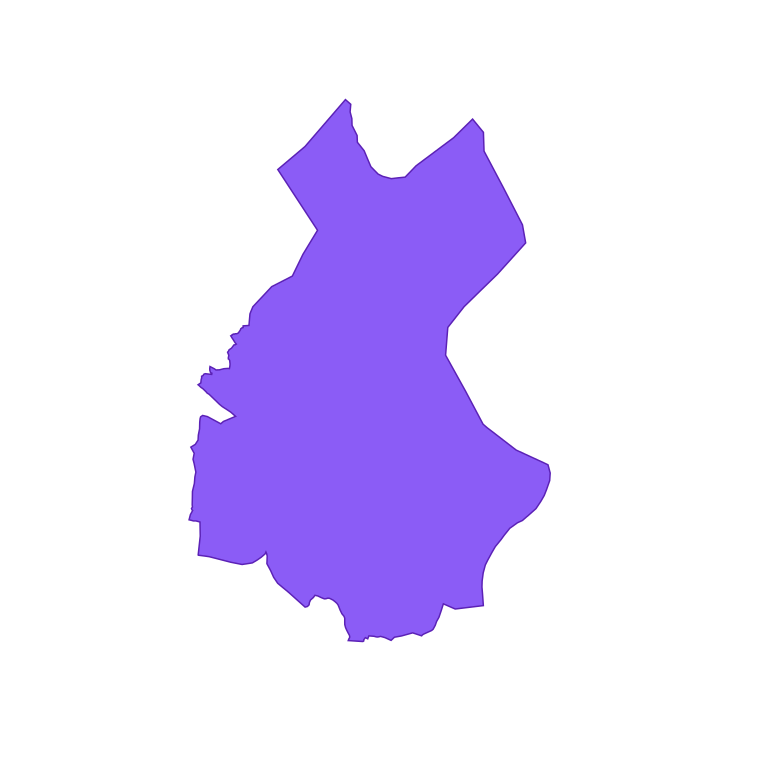 the district of Orumba South, Anambra, Nigeria, rotated 314°
{"feature_id": "59680162B16963737840115", "entity_name": "Orumba South", "entity_type": "district", "adm_level": 2, "iso_a3": "NGA", "parent_name": "Nigeria", "parent_adm1": "Anambra", "projection": "robinson", "projection_center": [7.202, 6.0], "detail": "fine", "context": "isolated", "style": "filled", "palette": "violet", "viewbox_px": 768, "rotation_deg": 314, "n_neighbors": 0, "source": "geoboundaries", "source_scale": "gbopen_adm2", "svg_char_len": 3231}
<svg xmlns="http://www.w3.org/2000/svg" viewBox="0 0 768 768"><g transform="rotate(314 384 384)"><path d="M464.5,158.6L448.4,229.4L421.0,235.6L398.0,243.1L376.1,235.6L348.5,236.0L343.1,238.1L341.3,238.9L332.3,246.2L328.0,242.3L326.9,243.4L326.4,243.4L326.2,242.9L324.2,242.6L323.6,242.9L322.7,243.3L321.3,243.4L320.6,243.6L319.7,243.8L319.1,243.6L317.9,243.2L317.1,242.4L316.7,242.0L315.7,241.6L315.5,241.1L314.0,240.5L313.7,240.8L312.2,240.3L311.4,243.4L311.2,244.5L310.2,248.5L310.1,250.0L308.9,249.7L307.9,248.9L303.9,249.4L301.0,248.8L299.6,249.3L298.2,249.4L296.9,252.3L295.8,253.1L294.8,253.7L293.9,254.6L294.1,255.4L293.7,256.7L291.4,259.4L289.7,260.8L287.7,262.1L286.7,260.8L283.8,258.2L279.9,255.8L277.4,253.4L277.1,251.4L275.7,246.7L274.2,247.8L272.9,249.1L271.7,251.3L272.2,252.7L271.2,253.4L267.2,248.2L265.8,247.6L264.4,248.0L262.9,247.4L261.5,248.8L260.6,249.1L259.4,250.0L257.5,251.5L256.4,251.2L254.3,250.8L254.4,251.5L254.4,254.7L254.8,256.9L254.8,261.2L254.6,263.1L255.1,265.3L255.1,279.9L255.4,283.4L257.3,293.2L257.6,299.7L245.5,294.5L242.0,294.2L237.9,279.6L235.4,275.4L233.0,274.9L231.3,275.8L228.5,278.0L223.6,282.5L218.3,285.9L214.5,289.2L209.5,290.2L204.4,288.9L202.3,295.6L197.2,298.9L195.0,302.5L189.9,309.9L185.8,312.5L180.7,316.7L173.7,320.8L169.0,325.2L163.9,329.9L162.4,331.7L160.7,332.0L160.1,333.4L160.1,334.2L157.7,334.9L155.7,335.4L150.9,338.1L152.3,340.5L153.1,342.0L154.9,343.9L156.9,347.5L146.9,357.5L131.9,369.1L131.9,369.4L135.9,374.8L138.4,378.3L141.7,384.1L149.4,397.7L155.6,407.3L157.1,408.4L158.6,409.6L163.9,413.6L169.0,415.0L174.0,416.0L179.2,416.5L181.1,415.8L180.4,417.5L179.1,419.5L173.4,424.6L171.0,432.1L168.3,438.9L166.8,446.0L167.9,460.6L168.7,482.2L170.8,483.5L173.1,483.5L175.1,482.1L177.6,481.2L181.4,481.5L184.0,481.1L185.5,483.5L186.8,487.4L188.0,490.3L189.2,491.4L191.0,492.4L192.0,493.7L193.1,497.2L193.4,499.6L193.5,502.4L193.2,504.3L192.4,506.2L190.9,509.5L189.5,513.3L189.1,516.7L188.2,518.5L185.6,521.0L183.7,522.9L182.1,525.5L181.0,528.2L179.8,531.7L179.3,533.5L178.4,534.9L177.6,535.5L176.2,535.8L174.6,536.5L183.9,547.5L184.3,547.6L184.4,547.8L185.2,547.9L185.9,547.1L188.6,546.8L189.4,549.3L192.3,548.1L195.6,552.1L196.7,554.1L197.7,555.3L200.1,556.9L202.2,560.8L204.5,567.2L209.1,567.4L214.9,571.6L224.9,577.5L229.0,586.0L230.3,585.9L232.0,586.4L239.8,589.5L241.7,589.7L246.0,588.5L249.7,586.8L254.3,585.6L260.9,582.5L267.1,579.4L271.6,591.5L293.6,609.4L301.7,600.4L306.0,595.5L310.4,591.5L317.0,586.6L324.2,582.6L329.3,581.0L338.0,578.6L344.5,577.0L353.1,576.3L358.9,575.5L362.5,575.2L367.6,574.7L376.9,576.4L382.0,578.4L388.0,578.9L388.4,579.0L399.9,579.9L408.7,578.3L415.1,576.7L420.9,574.3L429.6,570.3L435.4,565.4L439.8,558.1L438.3,553.6L434.0,541.3L428.3,525.0L424.6,491.9L424.2,488.7L423.9,483.2L435.5,447.6L447.5,408.3L469.0,390.6L495.3,387.9L505.2,388.2L519.6,388.6L542.0,389.3L580.9,388.0L583.9,387.9L594.7,373.0L608.0,333.9L621.0,294.2L634.1,280.7L636.1,263.7L609.5,263.0L563.4,255.5L547.5,255.5L542.4,251.2L536.8,246.6L532.5,238.9L530.9,233.9L531.2,223.6L534.4,216.0L538.0,207.7L539.4,196.9L544.1,192.0L547.8,181.4L552.6,176.5L556.2,170.6L562.1,165.8L561.8,158.7L499.9,162.2L464.5,158.6Z" fill="#8b5cf6" stroke="#5b21b6" stroke-width="1.5"/></g></svg>